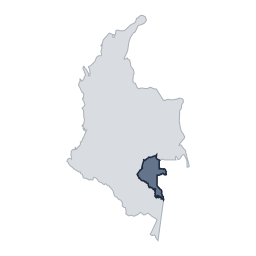 Vaupés on a map of Colombia (Equal Earth projection)
{"feature_id": "COL-1426", "entity_name": "Vaupés", "entity_type": "Commissiary", "adm_level": 1, "iso_a3": "COL", "parent_name": "Colombia", "parent_adm1": "", "projection": "equal_earth", "projection_center": [-70.34, 0.431], "detail": "fine", "context": "in_parent", "style": "filled", "palette": "slate", "viewbox_px": 256, "rotation_deg": 0, "n_neighbors": 0, "source": "natural_earth", "source_scale": "10m", "svg_char_len": 8370}
<svg xmlns="http://www.w3.org/2000/svg" viewBox="0 0 256 256"><path d="M144.5,23.0L142.4,24.2L138.1,25.6L135.2,31.9L133.3,33.0L130.8,36.8L129.0,41.4L127.6,50.8L124.0,58.9L124.3,59.2L125.7,58.9L127.1,58.0L127.6,58.2L128.1,59.6L129.7,60.0L131.0,66.5L133.5,69.8L133.7,71.1L134.1,73.8L133.2,75.4L132.9,81.4L133.7,82.8L135.5,83.4L136.8,87.1L137.6,88.0L138.7,88.6L141.4,88.0L146.4,88.6L147.5,88.5L150.3,87.2L153.8,88.8L156.4,89.1L163.4,100.3L164.1,100.0L165.0,100.6L166.8,99.5L168.3,99.3L170.4,99.8L173.0,99.8L178.4,98.7L179.2,98.0L182.1,98.7L183.0,99.5L183.4,101.6L183.0,102.9L182.0,104.2L181.5,105.9L181.4,107.9L180.8,109.4L179.9,110.4L179.5,111.8L179.7,113.7L179.2,122.2L179.7,122.9L180.0,126.3L181.2,130.9L181.8,132.2L182.8,133.2L184.7,136.9L184.3,138.2L179.5,144.0L179.2,145.4L180.2,144.8L181.6,145.4L182.2,146.8L185.7,150.8L185.7,152.4L186.7,155.4L186.6,156.1L189.0,164.8L189.1,166.7L187.1,167.2L187.0,161.3L186.7,160.1L184.3,155.0L183.8,154.5L182.3,155.1L179.7,159.0L178.5,159.5L177.5,159.0L176.5,156.7L175.9,156.3L175.2,158.2L176.0,159.9L164.5,159.9L162.3,159.2L159.2,160.1L159.2,168.9L164.6,169.0L166.1,171.5L166.0,173.6L166.2,174.3L164.9,174.7L163.0,173.3L159.6,175.0L157.1,175.4L157.0,185.1L158.5,187.5L161.4,190.1L161.8,191.9L161.6,193.6L162.3,195.7L163.2,196.8L163.2,198.0L163.7,199.4L158.0,240.6L156.0,238.1L155.3,235.9L154.3,234.9L152.4,235.6L150.3,234.5L156.9,220.5L156.7,219.3L151.2,215.8L150.6,215.0L147.9,213.2L146.5,213.7L145.7,214.6L143.6,214.9L142.0,213.4L140.1,212.4L137.7,214.8L137.0,214.7L135.4,215.8L133.6,216.2L131.3,215.1L129.4,215.8L128.1,215.7L127.6,215.0L126.0,214.1L125.8,213.2L126.2,211.4L125.5,208.0L125.3,207.5L124.0,207.4L122.5,206.2L122.2,205.5L122.5,204.1L122.3,202.9L120.8,200.2L118.8,199.5L116.9,197.2L115.0,196.4L114.1,194.8L113.2,191.1L111.2,188.3L109.8,187.3L109.4,185.9L107.9,185.8L106.0,183.9L105.1,183.8L104.5,184.7L102.7,183.8L101.2,182.4L99.6,182.0L98.5,181.2L96.6,178.5L94.6,177.3L93.4,177.7L93.0,179.7L92.3,180.0L90.0,179.5L89.6,180.0L89.0,179.9L86.1,178.4L83.3,177.9L82.5,174.6L80.7,173.4L80.2,171.9L78.9,172.0L74.0,169.0L72.0,167.0L70.3,165.8L68.5,163.5L68.2,162.6L66.9,161.2L67.6,159.5L69.2,158.2L71.4,159.2L71.7,157.2L70.9,155.4L71.3,151.3L71.8,150.4L73.0,149.6L73.8,149.9L74.2,149.2L76.0,149.5L76.5,149.2L77.9,147.6L78.5,146.3L79.1,146.4L80.5,144.2L80.3,142.0L81.7,141.5L83.1,137.9L83.7,137.8L84.0,136.1L86.5,130.2L85.6,130.9L84.7,130.5L84.8,128.5L84.5,128.2L83.7,129.8L83.0,128.2L83.2,125.7L82.1,126.1L82.1,125.6L83.8,123.6L84.5,119.3L83.9,117.7L83.6,111.1L83.3,109.9L82.0,108.2L84.1,106.3L84.9,104.9L84.0,102.0L82.7,99.6L82.7,98.1L83.4,98.2L83.8,94.2L83.1,92.6L82.2,92.6L79.4,86.6L78.5,85.3L79.2,82.5L80.1,81.2L79.9,79.0L80.5,79.1L81.6,81.1L82.1,80.8L84.0,78.9L84.1,77.2L85.6,75.3L83.5,69.2L82.8,68.2L83.7,66.3L84.2,66.4L85.0,68.3L86.3,69.5L88.2,73.0L89.0,73.7L88.4,74.5L88.3,75.3L88.6,75.8L89.7,75.9L90.1,74.9L89.9,70.8L89.4,68.7L88.4,67.2L88.7,66.6L90.7,65.6L94.9,61.6L96.3,57.9L97.4,56.5L98.6,55.7L100.1,55.9L101.3,55.4L101.6,54.2L100.9,51.6L101.8,48.1L101.8,46.3L102.3,45.2L102.1,44.8L100.6,46.1L102.2,43.6L103.3,39.8L109.3,33.1L113.2,34.7L114.5,34.6L112.8,35.4L112.6,36.4L113.2,37.4L113.7,37.7L114.3,37.1L115.6,33.2L115.8,31.0L116.4,30.3L117.2,30.0L121.0,30.9L124.6,30.6L130.5,25.0L135.0,22.6L136.1,20.3L136.4,18.6L137.2,18.0L138.0,18.0L138.6,17.0L140.6,15.5L142.8,15.4L145.1,16.7L146.2,19.0L146.3,20.5L144.5,23.0ZM76.1,148.8L75.8,149.1L75.3,148.5L75.1,147.9L75.4,147.4L75.8,147.5L76.1,148.8Z" fill="#d9dde1" stroke="#a8b0b8" stroke-width="1"/><path d="M159.3,160.1L159.1,160.1L159.2,160.6L159.2,168.9L159.4,168.9L159.8,168.5L160.1,168.4L160.3,168.5L160.4,168.8L160.5,168.9L161.5,168.7L162.2,168.9L162.3,168.9L162.6,168.9L162.9,168.9L163.0,168.9L163.2,169.0L163.3,169.1L163.4,169.3L163.5,169.3L164.0,168.8L164.3,168.8L164.8,169.2L165.0,169.3L165.2,169.6L165.3,169.7L165.4,169.8L165.4,170.0L165.5,170.3L165.6,170.9L165.8,171.1L166.0,171.3L166.2,171.5L166.0,171.8L166.0,172.1L166.1,172.7L166.1,173.0L165.9,173.2L165.8,173.3L165.8,173.5L166.1,173.8L166.3,174.2L166.4,174.4L166.3,174.6L166.1,174.7L165.8,174.6L165.7,174.6L165.5,174.8L165.3,174.9L164.9,174.8L164.8,174.5L164.7,174.3L164.3,174.4L164.1,174.5L163.3,173.5L163.1,173.4L162.9,173.3L162.7,173.3L162.5,173.5L162.2,173.7L162.0,173.8L161.8,173.9L161.7,174.2L161.5,174.4L161.2,174.3L160.9,174.1L160.4,174.6L160.0,174.8L159.6,175.0L159.2,175.1L158.6,175.2L158.4,175.2L158.2,175.3L157.9,175.2L157.7,175.2L157.5,175.4L157.3,175.4L157.1,175.3L157.0,183.9L156.9,184.9L157.0,185.4L157.1,185.7L157.5,186.3L158.0,186.9L158.3,187.4L158.4,187.5L158.5,187.6L158.9,187.7L159.1,187.9L159.2,188.0L159.3,188.3L159.5,188.5L159.8,188.8L160.1,189.2L160.2,189.4L161.0,189.8L161.4,190.1L161.5,190.3L161.6,190.6L161.6,190.9L161.6,191.3L161.7,191.5L161.8,191.7L161.8,191.8L161.9,192.0L161.8,192.3L161.5,192.9L161.4,193.2L161.5,193.5L161.9,194.1L162.0,194.3L162.0,194.6L162.1,194.9L162.1,195.0L162.3,195.1L162.3,195.3L162.4,195.5L162.4,195.9L162.5,196.0L162.8,196.2L163.0,196.6L163.3,196.8L163.3,197.5L163.2,197.9L163.2,198.0L163.6,198.9L163.7,199.3L163.5,200.0L163.2,199.5L163.1,199.3L163.1,199.2L162.9,199.2L162.1,198.7L161.9,198.6L161.4,199.0L161.2,199.0L161.1,198.7L161.2,198.2L161.3,197.8L161.2,197.5L161.1,197.3L160.7,196.8L160.5,196.7L160.4,196.7L160.2,196.8L160.1,197.3L159.8,197.4L159.3,197.1L159.1,197.1L158.9,197.3L158.7,197.4L158.6,197.6L158.4,197.5L158.2,197.4L158.2,197.2L158.4,196.8L158.4,196.7L158.4,196.4L158.6,196.2L158.7,195.9L158.7,195.7L158.4,195.7L158.1,195.9L157.7,195.7L157.6,195.8L157.5,196.0L157.3,196.1L157.2,196.1L157.0,195.9L156.9,195.9L156.7,196.0L156.4,196.4L156.6,196.8L156.8,197.0L157.0,197.4L156.9,197.6L156.7,197.8L156.3,197.8L155.8,197.2L155.7,197.1L155.7,196.9L155.9,196.6L155.9,196.4L155.8,196.2L155.7,196.3L155.4,196.6L155.1,196.4L154.9,196.1L154.9,195.9L154.9,195.7L155.0,195.5L155.3,195.3L155.5,194.8L155.3,194.4L155.0,193.9L154.9,193.4L155.0,193.3L155.2,193.1L155.3,193.0L155.3,192.8L155.2,192.4L155.2,192.2L155.2,191.9L155.3,191.4L155.3,191.1L155.2,190.9L155.1,190.7L154.9,190.7L154.7,190.8L154.6,190.5L154.8,190.1L155.5,189.3L155.6,189.1L155.3,188.8L155.1,188.7L154.9,188.7L154.7,188.8L154.4,189.1L154.4,189.5L154.1,189.7L153.6,189.5L153.2,189.5L153.1,189.4L153.2,189.2L153.1,188.8L153.0,188.5L152.8,188.3L152.6,188.1L152.0,188.1L151.8,188.0L151.6,187.7L151.4,187.6L151.1,187.6L150.9,187.6L150.6,187.2L150.2,187.0L149.9,187.3L149.9,187.5L149.6,187.6L149.2,187.6L148.9,186.8L148.6,185.9L148.2,185.2L148.3,184.9L148.3,184.6L148.3,184.4L148.3,184.2L148.2,184.0L147.9,183.4L147.8,183.2L147.7,183.1L147.3,183.2L147.2,183.3L147.0,183.2L146.6,182.9L146.4,182.9L146.2,182.7L146.0,181.9L145.9,181.7L145.7,181.7L145.3,181.9L145.1,181.9L144.9,181.9L144.6,181.7L144.1,181.0L143.7,180.9L143.5,180.7L143.4,180.6L143.1,180.7L143.0,180.8L142.9,180.8L142.7,180.7L142.4,180.7L142.3,180.8L142.2,180.8L141.7,180.4L140.7,179.7L140.4,179.1L140.2,178.9L139.9,178.7L139.8,178.4L139.7,178.2L139.3,178.4L139.1,178.4L139.0,178.2L139.1,177.8L139.1,177.6L138.9,177.3L138.5,177.0L138.2,176.6L138.2,176.3L138.3,176.1L138.3,175.9L138.2,175.7L138.0,175.4L137.9,175.4L137.8,175.5L137.6,175.4L137.5,175.2L137.5,174.6L137.4,174.3L137.2,174.2L139.1,171.6L139.4,171.2L139.7,170.8L139.8,170.6L139.9,170.4L140.0,170.1L140.2,169.9L140.3,169.9L140.5,169.9L140.6,170.0L140.9,169.9L141.3,169.3L141.5,169.1L141.6,168.9L141.7,168.6L141.7,168.4L141.7,168.1L141.8,168.0L142.0,168.0L142.0,167.9L142.0,167.6L142.2,167.8L142.2,168.0L142.3,168.1L142.5,168.1L142.5,167.8L142.4,167.7L142.2,167.2L142.1,166.7L142.1,166.3L142.1,166.1L142.2,165.9L142.6,164.4L142.7,164.0L142.8,163.7L142.9,163.4L143.1,162.7L143.2,162.2L143.3,162.0L143.5,161.6L143.6,161.3L143.7,160.9L143.7,159.7L143.9,159.7L144.1,160.0L144.5,160.2L144.7,160.5L144.8,160.5L145.0,160.5L145.1,160.4L145.4,160.2L145.5,159.9L146.0,159.4L146.8,158.8L147.4,158.6L147.7,158.3L148.0,158.1L148.4,157.6L148.5,157.3L148.6,157.2L148.8,157.3L149.7,157.2L150.1,157.3L150.2,157.2L150.3,157.3L150.5,157.4L150.6,157.5L150.8,157.5L151.1,157.4L151.4,157.2L152.1,157.0L152.3,156.9L152.7,156.8L152.8,156.7L153.0,156.4L153.6,156.2L153.8,156.2L154.1,156.1L154.3,156.1L154.6,155.9L155.1,155.8L155.7,155.7L155.8,155.6L156.0,155.5L156.2,155.2L156.6,154.7L156.6,155.3L156.5,156.0L156.1,157.4L156.0,157.7L156.1,157.9L157.2,159.1L157.7,159.4L158.0,159.6L158.5,159.6L158.9,159.8L159.2,160.0L159.3,160.1Z" fill="#64748b" stroke="#1e293b" stroke-width="1.5"/></svg>